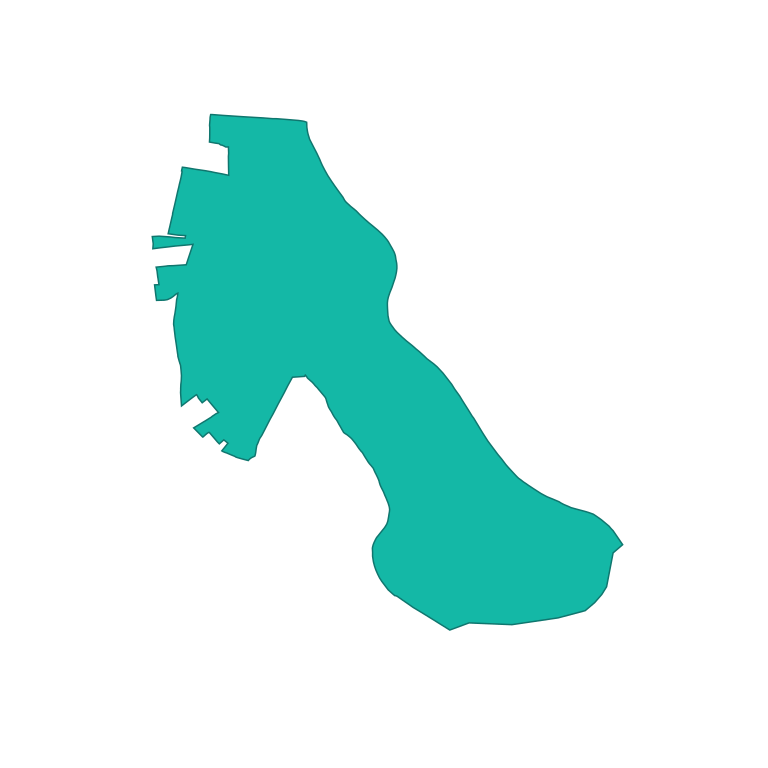 Kim Son, Ninh Bình, Vietnam (Albers equal-area conic projection), rotated 307°
{"feature_id": "81297802B55928452292311", "entity_name": "Kim Son", "entity_type": "district", "adm_level": 2, "iso_a3": "VNM", "parent_name": "Vietnam", "parent_adm1": "Ninh Bình", "projection": "albers", "projection_center": [106.082, 20.036], "detail": "fine", "context": "isolated", "style": "filled", "palette": "teal", "viewbox_px": 768, "rotation_deg": 307, "n_neighbors": 0, "source": "geoboundaries", "source_scale": "gbopen_adm2", "svg_char_len": 6140}
<svg xmlns="http://www.w3.org/2000/svg" viewBox="0 0 768 768"><g transform="rotate(307 384 384)"><path d="M546.5,164.7L545.9,162.7L545.1,160.9L543.0,157.1L536.0,146.0L531.0,138.2L528.9,135.4L524.0,127.7L513.1,111.3L507.6,102.9L501.9,94.2L495.7,84.5L494.9,83.4L492.4,84.6L490.2,86.1L486.7,88.3L485.5,89.1L484.0,90.5L480.0,93.5L475.5,96.8L472.2,99.0L474.7,104.0L476.7,107.6L476.6,109.5L476.7,109.8L477.3,111.0L477.6,112.2L477.9,113.9L478.0,114.8L478.2,115.2L479.7,117.1L478.3,118.2L476.1,120.0L474.6,121.2L472.2,122.7L463.8,129.2L457.2,134.4L454.4,128.3L451.2,121.9L449.2,117.6L446.8,112.9L441.8,103.8L437.2,94.9L435.8,92.5L432.3,94.1L432.4,94.6L432.2,94.8L432.0,95.0L427.0,97.5L424.1,98.8L420.3,100.4L418.4,101.3L414.2,103.1L413.7,103.3L408.2,105.8L402.2,108.5L393.1,112.5L391.9,113.3L389.5,114.3L385.7,116.0L379.7,118.7L378.7,119.1L374.1,121.2L379.0,130.0L383.1,136.2L380.8,137.4L375.3,129.1L372.8,124.8L366.7,115.4L362.3,110.2L357.1,115.3L355.4,116.4L352.9,118.0L358.3,123.5L363.3,128.8L368.5,134.2L373.2,139.4L378.0,144.7L380.6,147.4L374.6,149.4L366.6,152.1L360.2,154.3L351.7,144.5L348.5,140.5L346.5,138.5L344.8,136.7L340.2,131.7L337.8,134.6L333.4,138.8L332.3,140.0L330.9,141.4L327.9,144.5L325.1,141.1L317.3,148.6L315.4,150.5L313.9,152.0L318.6,157.9L319.6,158.9L321.0,160.2L322.2,160.9L324.3,162.0L326.9,162.9L331.0,163.9L332.2,164.5L332.5,164.7L329.0,166.6L326.6,167.6L322.5,170.1L320.7,171.2L314.5,174.6L311.4,176.1L308.4,177.8L305.1,180.0L302.9,182.3L300.9,184.1L297.5,187.4L296.2,188.6L290.7,194.2L283.9,201.0L283.4,201.6L282.6,202.3L281.9,202.9L280.9,204.2L278.9,206.8L278.6,207.3L277.8,208.3L277.1,209.4L276.4,210.3L275.8,210.9L273.1,213.4L268.8,217.2L265.5,219.5L264.3,220.3L261.4,222.0L257.8,224.5L257.2,225.0L254.7,226.7L250.9,230.0L244.6,235.5L255.5,238.5L257.9,239.2L261.9,240.4L262.7,240.8L261.9,242.8L261.3,243.8L261.0,244.6L259.8,249.3L259.6,250.1L265.6,251.7L263.7,259.8L261.6,269.0L258.8,267.6L257.5,267.2L255.0,266.3L253.6,266.0L247.1,263.5L245.4,262.8L234.4,258.4L232.6,270.5L232.5,271.1L232.7,271.3L233.0,271.4L236.2,272.0L238.6,272.6L239.6,273.1L240.0,273.3L240.2,273.6L239.5,276.8L237.5,285.8L237.1,288.5L243.0,289.7L242.8,295.0L235.6,294.8L233.0,294.7L233.1,296.0L233.7,298.3L234.2,299.7L235.6,305.3L236.4,308.3L236.5,309.7L236.9,310.9L238.6,315.4L241.2,321.7L241.8,321.7L242.5,321.8L243.3,321.9L244.1,322.1L245.3,322.5L246.0,322.8L248.4,324.1L248.7,324.2L249.0,324.2L249.6,323.9L250.6,323.5L252.2,322.7L255.2,321.0L257.9,319.6L258.2,319.4L258.7,319.3L259.3,319.2L260.7,318.9L262.5,318.4L265.0,317.7L266.1,317.5L266.8,317.5L268.2,317.4L269.6,317.3L275.5,316.3L287.5,314.2L293.4,313.4L304.4,311.5L316.8,309.6L324.7,308.2L334.3,306.8L342.3,316.0L343.5,315.7L343.8,315.8L343.6,316.4L343.6,316.5L343.3,317.6L343.1,318.4L342.8,319.0L342.6,320.1L342.6,320.6L342.3,324.2L342.3,324.9L342.0,326.8L341.7,328.3L341.3,329.8L341.1,331.1L340.9,332.8L340.6,334.0L340.2,335.4L340.0,336.6L339.7,337.7L339.4,339.1L339.2,339.9L338.9,341.3L338.4,343.4L338.0,344.9L337.9,345.2L337.8,345.6L337.5,346.0L337.1,346.7L336.7,347.3L336.1,348.0L334.8,349.8L333.9,351.2L332.8,352.7L332.4,353.3L332.0,354.1L331.6,355.0L331.1,356.2L330.6,357.6L330.0,359.1L329.2,360.8L328.6,362.1L327.9,363.8L327.3,365.5L326.7,367.8L326.1,369.3L324.8,372.1L323.6,375.0L322.3,377.9L321.4,380.1L321.0,380.9L321.0,382.8L321.2,384.7L321.2,386.0L321.1,388.3L321.0,389.9L320.9,390.5L320.8,391.3L320.2,393.8L319.6,396.1L318.9,398.5L318.1,400.7L317.3,403.1L316.8,405.1L316.5,406.1L316.4,406.8L316.3,407.6L315.9,408.8L315.1,410.7L314.4,412.4L313.8,414.0L313.1,415.9L312.2,418.2L311.8,419.5L311.5,420.6L311.1,422.7L310.7,424.3L310.4,425.6L310.0,426.6L309.1,428.1L308.5,429.2L307.8,430.5L307.6,431.0L306.6,433.0L305.2,435.7L304.2,437.4L303.5,438.5L302.7,439.4L301.8,440.6L300.9,441.9L299.8,443.9L299.5,444.5L298.5,446.6L297.5,448.6L295.6,451.7L294.3,454.1L292.6,456.9L291.7,458.5L290.0,460.9L289.0,462.2L288.0,463.2L287.3,463.9L286.6,464.4L285.9,464.8L285.1,465.3L283.1,466.3L280.9,467.5L278.7,468.6L276.7,469.6L275.4,470.0L274.3,470.4L273.0,470.6L271.1,470.8L269.0,470.9L266.6,470.8L263.2,470.7L259.4,470.6L257.1,470.5L256.2,470.6L254.7,470.8L253.8,471.0L251.7,471.4L249.4,472.0L246.9,473.0L245.8,473.6L243.4,475.6L242.7,476.2L239.6,478.5L235.6,482.6L232.9,486.0L230.6,489.4L228.4,493.3L226.5,497.1L225.0,501.1L222.1,511.3L221.5,518.5L221.5,519.4L221.5,520.2L222.1,520.9L222.4,522.6L222.6,528.9L222.9,535.7L223.1,541.8L223.8,548.3L225.2,563.0L227.1,584.6L244.4,595.7L268.8,631.0L302.0,663.8L324.1,681.1L336.1,683.8L347.0,684.6L356.0,683.8L387.0,668.6L399.3,671.3L404.7,655.3L405.2,652.2L405.9,649.3L406.2,643.5L406.4,639.2L406.2,632.6L406.0,629.5L404.5,624.7L403.3,621.4L399.6,612.3L397.8,607.7L397.2,604.9L396.0,600.2L395.5,597.1L395.3,594.6L393.6,587.8L392.1,582.2L391.5,578.5L391.0,575.1L390.3,565.4L390.2,563.5L390.2,563.4L390.0,560.5L389.9,557.3L389.7,554.2L389.8,551.1L389.7,548.4L389.9,546.5L390.3,544.0L390.9,540.6L392.3,533.0L393.0,529.7L393.9,526.6L394.9,523.1L396.2,517.5L400.9,501.4L404.2,492.5L410.7,476.2L411.4,473.7L413.8,467.6L415.8,462.3L418.0,456.5L420.0,451.5L422.4,443.7L424.5,438.3L427.1,428.7L428.2,424.6L429.7,416.0L430.0,411.5L430.0,403.2L430.5,399.3L431.1,392.9L431.3,388.2L431.5,386.2L431.7,382.9L431.9,376.0L432.4,369.6L433.1,363.4L433.8,359.8L434.6,357.2L435.5,354.2L436.5,351.6L437.4,350.1L438.8,348.5L440.6,346.5L440.7,346.3L443.8,343.6L446.5,341.3L448.7,339.5L450.8,337.9L453.3,336.4L455.5,335.4L456.5,335.0L460.7,333.6L461.9,333.3L466.0,332.2L471.0,330.5L475.3,329.1L478.5,327.7L481.0,326.5L484.1,324.7L486.2,323.1L488.1,321.4L490.6,318.6L492.6,316.6L493.5,315.6L495.0,313.4L495.6,312.4L497.4,308.5L498.1,306.8L500.2,302.0L500.9,299.9L501.9,295.8L502.5,292.5L502.8,289.4L503.1,286.3L503.4,280.7L503.6,275.2L504.0,269.8L504.5,264.7L504.8,262.1L505.5,257.8L505.6,256.1L505.8,250.5L506.4,244.5L506.9,242.3L507.3,241.4L508.5,238.7L509.9,234.0L510.9,230.7L512.6,225.3L514.5,219.6L516.6,213.8L519.1,208.1L521.5,203.1L523.2,200.0L524.7,197.5L526.1,194.8L527.8,191.6L531.1,184.7L534.3,178.1L534.9,177.0L536.1,175.4L537.6,173.3L539.0,171.6L540.7,169.8L542.7,167.8L545.7,165.4L546.5,164.7Z" fill="#14b8a6" stroke="#0f766e" stroke-width="1.5"/></g></svg>